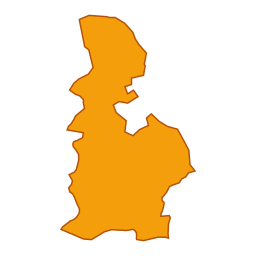 an SVG outline of Jelgava
{"feature_id": "LVA-1084", "entity_name": "Jelgava", "entity_type": "Municipality", "adm_level": 1, "iso_a3": "LVA", "parent_name": "Latvia", "parent_adm1": "", "projection": "mercator", "projection_center": [23.638, 56.61], "detail": "fine", "context": "isolated", "style": "filled", "palette": "amber", "viewbox_px": 256, "rotation_deg": 0, "n_neighbors": 0, "source": "natural_earth", "source_scale": "10m", "svg_char_len": 1560}
<svg xmlns="http://www.w3.org/2000/svg" viewBox="0 0 256 256"><path d="M91.5,239.6L83.6,239.0L61.0,229.4L62.5,227.0L70.2,221.0L72.5,220.2L75.1,218.6L76.7,216.9L78.2,214.8L79.4,212.3L79.4,208.7L76.6,202.9L74.4,197.1L72.6,193.7L69.9,192.0L68.7,188.1L69.2,187.3L71.5,184.3L71.9,182.8L72.5,180.9L69.1,174.7L74.1,172.3L76.2,169.8L78.7,160.3L78.6,154.3L75.8,149.8L73.3,146.7L72.8,144.0L73.8,141.6L76.4,140.8L82.6,137.7L83.3,132.7L67.1,129.9L68.6,126.2L71.2,123.7L74.2,118.9L75.5,116.0L82.4,110.2L84.4,108.6L84.2,106.8L83.2,102.1L83.6,100.6L82.9,98.9L79.6,95.8L75.1,94.1L69.6,90.1L73.8,83.4L78.7,79.1L88.3,74.2L93.1,67.5L88.8,49.8L84.7,46.7L79.3,19.5L89.1,15.4L106.7,16.7L109.6,17.5L115.2,17.5L124.6,23.2L132.8,32.3L135.2,38.8L138.7,44.3L146.4,53.1L144.3,64.3L145.2,65.7L143.5,75.3L131.5,78.1L131.5,84.5L124.9,86.7L127.6,93.8L133.5,90.2L138.0,96.6L127.7,103.1L119.1,101.6L113.3,104.9L116.2,112.6L126.2,120.7L124.9,131.9L132.9,135.7L139.7,129.5L148.4,125.5L146.5,118.0L151.3,113.9L159.2,121.4L167.4,126.4L177.5,129.2L183.7,140.5L188.8,150.4L190.0,164.6L195.0,171.0L188.5,172.9L185.8,176.8L181.8,178.9L179.2,182.8L171.8,185.4L169.4,186.7L166.5,192.4L163.4,196.2L161.9,198.0L162.0,199.5L162.3,200.7L164.0,202.3L164.0,204.2L163.5,206.9L162.4,210.8L161.5,212.7L161.0,214.2L160.9,216.3L169.2,215.6L170.3,217.7L169.1,221.8L168.5,224.4L168.0,233.8L168.5,238.1L165.7,237.3L158.5,237.1L143.5,240.6L136.7,239.5L136.4,238.2L136.6,235.8L136.4,232.8L134.5,230.1L132.7,229.4L126.7,230.5L111.6,229.7L104.6,231.7L91.5,239.6Z" fill="#f59e0b" stroke="#b45309" stroke-width="1.5"/></svg>